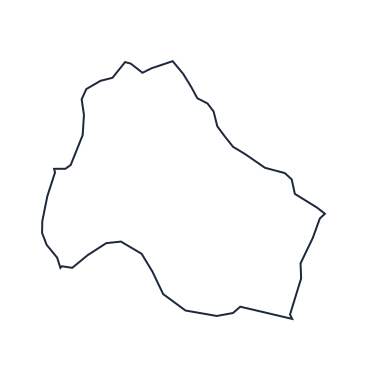 Färgelanda, Västra Götaland, Sweden, rotated 290°
{"feature_id": "70781695B86197919704884", "entity_name": "Färgelanda", "entity_type": "district", "adm_level": 2, "iso_a3": "SWE", "parent_name": "Sweden", "parent_adm1": "Västra Götaland", "projection": "robinson", "projection_center": [12.057, 58.624], "detail": "fine", "context": "isolated", "style": "outline", "palette": "slate", "viewbox_px": 384, "rotation_deg": 290, "n_neighbors": 0, "source": "geoboundaries", "source_scale": "gbopen_adm2", "svg_char_len": 821}
<svg xmlns="http://www.w3.org/2000/svg" viewBox="0 0 384 384"><g transform="rotate(290 192 192)"><path d="M217.0,324.3L220.1,314.8L225.4,289.3L237.9,281.4L241.5,272.9L239.7,252.3L245.7,229.3L248.5,215.1L255.5,203.7L262.4,193.3L275.0,184.8L280.5,176.3L281.0,172.5L281.9,165.0L290.3,155.5L300.0,143.3L308.3,129.1L294.5,111.7L287.1,104.7L291.7,90.5L291.2,84.7L272.1,78.2L265.1,67.9L252.6,57.5L241.4,56.6L227.5,64.1L208.1,69.8L176.0,68.8L170.5,65.1L166.6,54.5L163.5,56.6L138.5,57.5L113.4,61.3L102.3,65.1L92.6,73.5L84.2,87.7L75.7,94.3L77.7,95.1L79.8,105.4L97.2,115.7L114.6,128.9L121.1,142.2L116.7,165.8L103.7,182.0L86.2,199.8L78.4,226.4L84.0,257.7L92.3,271.9L100.7,276.6L102.1,288.0L107.0,329.5L110.4,326.0L148.1,324.1L162.1,318.4L190.0,321.2L210.9,321.2L217.0,324.3Z" fill="none" stroke="#1e293b" stroke-width="2"/></g></svg>